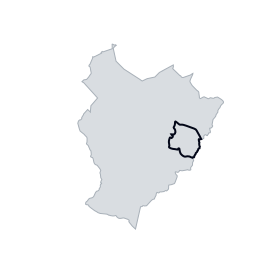 Oruro on a map of Bolivia (Albers equal-area conic projection), rotated 223°
{"feature_id": "BOL-1937", "entity_name": "Oruro", "entity_type": "Department", "adm_level": 1, "iso_a3": "BOL", "parent_name": "Bolivia", "parent_adm1": "", "projection": "albers", "projection_center": [-67.639, -18.613], "detail": "medium", "context": "in_parent", "style": "outline", "palette": "ink", "viewbox_px": 256, "rotation_deg": 223, "n_neighbors": 0, "source": "natural_earth", "source_scale": "10m", "svg_char_len": 5119}
<svg xmlns="http://www.w3.org/2000/svg" viewBox="0 0 256 256"><g transform="rotate(223 128 128)"><path d="M55.5,144.8L55.2,141.9L54.6,141.1L53.9,140.7L53.6,140.1L53.9,139.4L55.4,138.2L56.2,138.0L56.4,137.4L59.1,133.8L59.9,133.1L60.8,132.6L61.3,132.2L61.0,130.9L61.1,130.0L61.4,129.5L63.2,128.5L63.4,128.2L63.4,127.9L62.5,127.3L60.9,126.7L59.8,126.8L58.8,125.9L56.6,120.6L56.2,119.3L56.2,118.9L57.6,116.2L59.2,114.1L59.0,113.6L57.2,111.6L56.7,110.6L56.8,108.4L57.9,107.8L58.4,105.9L58.8,105.6L59.8,104.2L61.1,103.0L61.2,101.6L61.6,101.2L62.8,100.7L62.9,100.4L62.6,99.4L62.0,98.4L61.6,97.9L60.9,95.4L60.3,94.1L61.0,93.0L61.4,91.7L61.5,90.3L61.4,83.8L62.8,82.2L63.5,81.9L64.2,81.3L64.1,80.3L65.1,78.9L53.6,59.2L58.0,59.2L62.9,59.9L63.7,60.3L63.9,61.0L64.4,61.3L65.8,61.1L69.7,59.4L70.3,58.8L71.7,56.9L72.8,55.9L73.8,55.5L75.8,55.4L76.5,55.7L77.3,55.6L78.0,54.5L79.0,53.4L81.2,51.9L82.2,51.5L82.9,51.0L84.1,50.9L85.1,50.3L90.0,46.6L92.0,45.7L94.2,45.3L96.0,44.8L100.3,44.3L103.1,44.1L104.0,44.6L105.0,44.5L105.9,43.7L106.6,43.4L107.1,43.4L107.9,44.4L108.2,45.5L108.0,46.3L108.0,47.4L108.3,49.0L108.1,50.3L106.5,52.8L106.4,53.5L106.4,54.6L106.9,56.2L107.7,58.5L107.9,60.2L107.2,61.3L106.9,62.2L107.0,63.0L107.2,63.6L107.6,63.9L107.8,64.5L107.8,65.5L108.3,66.4L109.3,67.3L109.6,68.2L109.4,69.0L109.5,69.5L109.8,69.7L110.4,69.3L110.7,69.4L111.4,70.5L111.8,71.7L111.9,72.4L114.0,73.1L116.7,75.4L117.9,76.0L119.1,78.5L121.1,79.1L125.1,79.7L127.0,79.0L128.3,79.1L129.6,79.7L132.6,81.8L133.8,82.2L134.7,81.7L135.5,81.5L136.1,81.8L136.7,83.5L138.9,85.5L139.8,86.1L140.8,86.1L145.0,88.0L146.1,88.1L147.2,88.0L147.9,88.4L148.2,89.5L150.0,91.6L150.8,92.5L151.9,93.2L154.6,93.3L155.4,93.5L160.9,93.1L162.9,94.1L167.9,97.2L168.9,99.1L169.0,100.2L168.7,101.2L168.2,101.6L168.1,102.3L168.2,103.3L169.0,104.2L169.6,107.3L170.0,107.9L170.1,114.0L166.3,114.0L166.9,114.6L170.3,119.0L170.7,129.2L190.9,130.9L191.4,130.9L193.0,130.5L193.3,130.5L193.1,133.1L191.5,135.1L191.4,135.8L191.5,138.5L191.9,140.7L192.1,142.7L192.6,143.3L194.3,144.5L196.9,146.5L197.9,146.8L198.8,146.6L199.3,147.4L199.3,148.7L201.4,154.6L201.8,155.4L202.4,155.9L202.3,156.2L201.7,156.3L201.4,156.7L198.4,164.7L199.1,164.8L199.1,166.4L198.3,166.5L198.1,166.8L193.6,175.2L196.7,178.4L196.4,178.9L194.7,179.2L193.8,180.4L193.0,180.5L193.3,178.4L193.2,176.6L193.0,176.1L182.3,168.7L171.1,168.3L152.7,171.6L149.7,172.0L147.6,177.2L143.1,183.6L142.9,190.1L137.9,205.0L136.8,204.0L136.0,202.6L135.8,201.9L135.7,201.9L125.8,201.7L125.3,202.0L124.6,202.0L124.0,201.7L123.5,201.7L122.8,202.0L122.1,202.5L118.5,209.3L118.0,211.7L117.8,212.2L117.2,211.3L115.5,206.2L114.6,204.4L113.5,203.8L110.0,202.8L103.7,202.5L101.7,202.7L100.7,202.5L99.6,201.5L97.3,199.7L96.8,199.1L95.9,198.7L95.3,198.7L95.0,199.0L94.1,201.9L93.6,202.7L90.3,203.8L89.4,204.0L88.9,204.6L88.7,205.6L88.3,206.4L86.1,207.7L85.5,208.3L85.3,209.5L83.6,211.7L79.0,212.6L77.5,212.6L76.5,212.5L75.5,211.7L75.3,210.5L75.5,209.3L75.4,207.5L74.6,205.4L74.7,204.8L74.6,203.8L74.1,201.9L73.1,200.9L72.7,198.0L71.8,196.2L71.6,192.2L68.7,187.6L67.5,187.3L67.3,187.0L67.1,186.4L67.2,184.7L68.1,183.5L65.0,181.3L64.8,180.8L64.8,180.3L65.6,179.4L65.1,178.3L65.1,177.3L64.8,176.9L64.8,176.6L65.1,176.3L66.7,176.0L67.2,175.0L67.2,174.2L66.9,173.6L65.5,172.1L65.5,171.8L68.3,168.1L68.2,167.8L68.0,167.5L66.4,166.4L64.7,164.6L63.5,163.8L62.6,162.9L62.1,162.2L62.0,160.2L61.4,158.1L60.5,153.3L59.9,151.5L60.5,150.6L60.5,150.3L57.8,149.0L57.2,146.8L55.5,144.8Z" fill="#d9dde1" stroke="#a8b0b8" stroke-width="1"/><path d="M61.9,161.9L62.2,161.4L62.3,161.1L62.3,160.9L62.3,160.7L61.6,159.3L61.7,159.1L61.7,158.9L61.7,158.7L61.3,158.1L61.2,157.4L61.2,156.8L61.3,156.1L61.3,155.8L61.2,155.6L60.7,154.8L60.7,154.6L60.7,153.9L60.5,153.3L60.4,152.7L59.9,152.1L59.8,151.5L60.1,151.1L60.6,150.8L60.6,150.2L61.7,149.7L63.3,149.2L63.9,148.9L64.9,148.1L65.4,147.7L66.4,146.3L67.1,145.7L68.0,145.3L68.4,145.2L69.9,145.0L71.8,145.1L72.2,145.2L73.1,145.7L73.8,146.0L76.2,147.8L76.5,147.9L77.0,147.7L77.2,147.2L76.9,146.5L76.9,146.2L77.0,146.1L77.2,145.9L79.2,144.6L81.0,143.3L82.5,142.5L82.7,142.4L84.3,141.9L84.6,141.9L84.9,142.0L85.2,142.3L85.3,142.5L85.5,142.9L85.7,143.2L86.0,143.6L86.3,143.8L88.3,145.4L88.5,145.6L89.2,146.4L90.1,147.9L90.8,149.5L90.7,149.8L90.4,150.0L89.4,150.3L89.3,150.5L89.2,151.7L89.3,152.0L89.4,152.3L89.6,152.5L90.0,152.7L90.6,152.7L91.0,152.7L91.3,152.8L91.7,152.8L92.0,152.9L91.7,153.2L91.4,153.5L90.8,153.7L90.5,153.9L90.2,154.1L90.1,154.3L90.1,155.0L89.9,155.7L89.9,156.0L90.1,156.3L90.5,157.3L90.7,157.5L90.8,157.6L91.8,158.4L92.2,158.7L93.3,159.1L94.0,159.1L94.7,159.4L94.9,159.5L95.0,159.7L95.1,159.8L95.6,161.6L96.1,162.5L96.7,163.3L97.6,164.4L97.8,164.8L97.7,165.1L97.4,165.2L97.1,165.3L93.0,165.6L92.7,165.7L92.2,165.9L90.8,167.3L89.9,167.9L89.4,168.2L86.9,169.4L79.4,172.6L77.7,173.1L77.1,173.1L76.0,172.9L70.4,171.1L66.9,169.8L67.7,168.6L67.9,168.4L68.4,168.2L68.5,168.1L68.4,167.9L68.2,167.6L67.9,167.4L66.6,166.4L66.2,166.3L65.9,166.1L65.4,165.3L65.2,165.0L64.0,164.0L63.6,163.7L63.0,163.5L62.9,163.4L62.7,163.3L62.4,162.6L62.2,162.2L61.9,161.9Z" fill="none" stroke="#020617" stroke-width="2"/></g></svg>